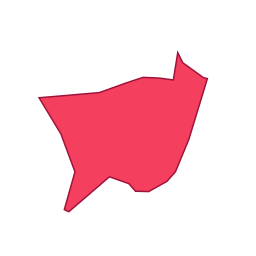 outline of Nam-gu [South District], Daegu, South Korea, rotated 244°
{"feature_id": "91817680B72214553011774", "entity_name": "Nam-gu [South District]", "entity_type": "district", "adm_level": 2, "iso_a3": "KOR", "parent_name": "South Korea", "parent_adm1": "Daegu", "projection": "equal_earth", "projection_center": [128.586, 35.828], "detail": "fine", "context": "isolated", "style": "filled", "palette": "rose", "viewbox_px": 256, "rotation_deg": 244, "n_neighbors": 0, "source": "geoboundaries", "source_scale": "gbopen_adm2", "svg_char_len": 420}
<svg xmlns="http://www.w3.org/2000/svg" viewBox="0 0 256 256"><g transform="rotate(244 128 128)"><path d="M174.0,205.8L151.3,189.8L159.1,178.1L166.9,163.8L169.3,146.2L172.4,117.7L194.2,61.3L152.1,65.1L111.8,61.1L82.6,35.0L78.7,38.1L92.3,89.9L77.7,104.3L67.9,107.0L61.8,118.7L63.0,139.7L67.9,151.5L91.1,177.7L137.6,221.0L140.3,217.8L162.7,205.8L174.0,205.8Z" fill="#f43f5e" stroke="#9f1239" stroke-width="1.5"/></g></svg>